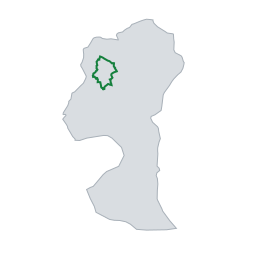 where Gulbene sits in Latvia, rotated 263°
{"feature_id": "LVA-1083", "entity_name": "Gulbene", "entity_type": "Municipality", "adm_level": 1, "iso_a3": "LVA", "parent_name": "Latvia", "parent_adm1": "", "projection": "orthographic", "projection_center": [26.543, 57.177], "detail": "fine", "context": "in_parent", "style": "outline", "palette": "green", "viewbox_px": 256, "rotation_deg": 263, "n_neighbors": 0, "source": "natural_earth", "source_scale": "10m", "svg_char_len": 3159}
<svg xmlns="http://www.w3.org/2000/svg" viewBox="0 0 256 256"><g transform="rotate(263 128 128)"><path d="M186.3,191.7L184.8,191.4L180.6,189.8L177.0,187.3L174.9,184.0L171.2,179.5L168.8,177.2L165.1,174.3L158.8,168.4L156.6,167.0L145.4,164.2L141.4,163.0L137.8,156.3L136.7,152.4L134.9,151.7L132.9,152.4L130.7,153.1L125.6,157.5L124.0,158.1L120.8,158.1L113.5,158.8L110.3,157.1L104.6,155.0L101.5,154.6L98.8,154.5L86.6,152.2L84.3,154.0L82.0,154.3L80.0,151.2L77.3,150.2L74.3,151.0L68.8,150.8L62.4,149.5L54.2,148.3L53.0,148.5L43.6,151.8L41.3,152.3L30.8,158.2L22.5,163.8L22.3,153.8L24.4,133.9L26.4,124.1L32.2,118.7L35.2,114.4L37.2,108.6L38.1,103.1L39.5,98.6L48.2,86.0L54.3,85.0L62.7,81.9L72.0,79.4L73.6,83.4L74.3,86.4L84.8,97.7L87.4,101.5L91.1,114.1L101.2,120.8L109.5,119.2L113.1,116.3L119.9,110.9L122.9,106.9L123.6,102.9L123.0,85.9L121.5,78.5L122.3,73.9L123.4,74.2L126.2,72.1L135.2,68.2L137.0,68.1L139.0,67.3L144.7,64.3L146.4,66.0L147.9,67.9L148.7,67.9L149.2,67.3L149.1,66.0L149.5,65.2L151.1,65.7L157.5,70.9L160.0,72.2L161.7,72.5L163.7,74.9L169.3,76.6L169.9,77.8L170.3,79.4L175.5,85.9L177.9,89.2L182.5,92.2L184.5,92.9L192.7,89.9L195.0,88.8L196.8,88.8L198.8,90.4L203.2,92.5L207.1,93.1L207.8,93.0L211.2,93.1L212.4,94.0L213.2,98.1L217.1,101.3L220.7,104.0L221.6,105.2L222.0,107.6L221.8,110.4L221.4,111.9L219.9,113.6L218.7,117.9L218.6,122.0L216.6,129.0L217.1,129.1L221.4,127.8L222.7,128.5L223.6,130.0L224.0,134.4L225.5,136.4L227.0,139.4L227.6,141.8L230.4,144.6L230.7,146.5L232.5,153.0L233.3,156.8L233.7,159.7L232.9,163.4L232.2,166.0L231.3,165.8L228.8,166.5L224.9,169.6L219.0,176.9L217.5,178.5L216.0,184.0L215.6,184.5L212.1,184.3L211.2,184.2L207.7,184.3L200.0,183.0L197.0,184.0L193.2,189.5L191.7,190.3L187.1,191.1L186.3,191.7Z" fill="#d9dde1" stroke="#a8b0b8" stroke-width="1"/><path d="M173.0,106.4L176.8,106.1L176.9,105.8L176.9,105.1L177.2,104.7L177.3,104.2L177.2,104.0L177.2,103.5L179.6,104.0L181.4,103.5L181.6,103.1L181.6,102.7L181.4,102.7L181.1,102.9L180.9,102.9L180.7,102.8L180.6,102.7L180.7,102.3L181.3,102.1L181.7,101.9L182.1,101.5L182.9,101.2L183.0,100.8L183.0,100.6L182.9,99.6L184.2,99.5L184.3,99.8L184.5,99.9L184.9,100.1L185.5,100.0L186.3,100.3L187.0,101.9L187.4,102.5L188.7,103.4L188.8,103.9L188.8,104.1L189.7,104.8L190.7,104.2L191.1,104.0L191.9,104.2L193.2,104.4L193.3,104.3L193.5,104.3L194.1,105.2L195.2,105.0L197.6,104.9L198.5,105.8L199.6,106.6L199.8,106.8L199.7,107.1L199.3,107.4L199.3,107.6L199.3,107.8L199.5,107.8L202.4,109.0L201.7,110.4L200.6,112.0L199.8,112.8L198.2,115.0L197.8,115.5L197.4,116.0L196.7,117.6L196.0,118.4L195.2,119.0L194.0,120.1L194.2,120.7L194.3,120.9L194.0,122.0L192.1,121.6L191.7,121.5L191.0,121.4L190.4,121.7L190.1,122.0L189.5,122.4L189.3,122.5L189.1,122.2L187.5,122.9L186.6,123.5L185.6,123.8L185.3,122.2L184.9,120.6L184.5,119.7L184.0,118.7L183.5,118.1L182.5,117.8L179.8,118.7L178.7,117.3L178.4,115.9L177.0,116.5L175.4,116.3L174.5,116.7L172.6,116.9L173.0,115.9L173.2,115.3L173.9,114.2L174.0,113.9L174.1,113.5L173.0,111.9L172.2,110.4L171.8,109.9L171.4,109.7L171.0,109.5L169.6,109.3L169.4,108.1L169.5,107.9L170.7,107.8L170.9,107.7L170.9,107.0L171.4,106.5L172.2,106.3L173.0,106.4Z" fill="none" stroke="#15803d" stroke-width="2"/></g></svg>